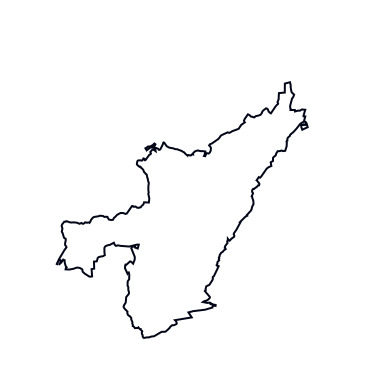 outline of Jibou, Salaj, Romania, rotated 126°
{"feature_id": "2599482B62846653397775", "entity_name": "Jibou", "entity_type": "district", "adm_level": 2, "iso_a3": "ROU", "parent_name": "Romania", "parent_adm1": "Salaj", "projection": "equal_earth", "projection_center": [23.24, 47.26], "detail": "fine", "context": "isolated", "style": "outline", "palette": "ink", "viewbox_px": 384, "rotation_deg": 126, "n_neighbors": 0, "source": "geoboundaries", "source_scale": "gbopen_adm2", "svg_char_len": 6077}
<svg xmlns="http://www.w3.org/2000/svg" viewBox="0 0 384 384"><g transform="rotate(126 192 192)"><path d="M296.0,277.6L297.8,275.3L300.7,274.0L301.2,272.7L304.2,268.7L304.2,266.6L305.4,265.7L308.3,264.4L309.5,263.4L310.0,261.8L310.6,261.0L313.3,261.1L324.5,260.1L329.7,259.1L329.6,258.6L328.4,259.1L324.5,259.5L324.5,257.3L329.2,256.6L327.1,256.8L326.5,256.4L324.9,256.3L322.4,256.5L322.1,254.9L322.6,254.8L324.6,252.7L326.6,250.0L326.6,249.2L327.8,249.3L328.9,248.8L326.8,245.6L323.8,242.8L320.7,240.6L319.4,238.2L319.1,235.6L319.4,234.8L320.2,234.3L320.8,233.4L321.1,230.6L320.8,225.7L320.5,224.7L319.0,223.2L313.4,227.9L311.5,226.1L305.9,230.4L304.1,228.3L300.7,229.5L299.5,229.2L297.4,227.5L296.7,226.5L294.3,225.4L292.6,227.1L288.9,229.9L287.8,230.2L286.6,230.1L284.8,229.0L282.9,227.3L279.0,225.4L280.1,223.5L280.3,221.8L278.7,220.6L277.5,218.0L273.0,210.7L266.7,205.4L265.9,204.1L269.6,202.7L270.4,205.4L269.7,205.9L269.9,206.5L271.5,208.2L273.2,208.0L278.2,200.1L280.4,198.6L284.6,197.5L284.2,199.8L284.5,201.3L290.3,202.5L290.2,203.0L290.9,202.8L293.0,201.5L295.7,196.7L295.2,196.9L294.2,195.9L295.7,194.2L299.6,191.5L302.1,191.5L304.9,189.6L305.8,188.9L306.3,187.7L308.6,186.0L310.2,184.0L311.6,183.2L315.6,183.5L320.5,180.6L323.8,180.4L325.2,179.8L326.0,178.0L326.7,173.9L327.9,173.2L329.0,171.9L329.2,170.3L329.0,169.2L329.4,168.3L329.4,167.4L330.9,166.1L332.3,163.7L333.4,163.1L334.4,161.6L335.3,161.1L335.1,159.9L335.7,158.2L333.9,156.0L333.0,155.8L333.5,154.3L333.5,153.3L333.1,152.9L333.6,152.4L333.9,150.4L334.8,150.2L336.2,149.2L336.8,147.8L337.8,147.1L338.4,145.9L338.3,145.1L336.3,143.2L334.9,141.4L332.6,139.7L331.0,137.9L323.2,134.5L321.9,133.1L321.4,132.2L320.4,131.3L315.4,130.2L314.8,130.4L312.0,130.0L311.4,129.7L311.2,129.2L310.1,128.1L308.0,127.0L307.1,127.2L305.9,129.0L305.7,130.4L293.6,118.5L291.5,124.1L287.7,121.0L279.5,112.2L273.5,107.6L272.0,108.5L270.3,106.0L269.5,106.5L270.7,108.9L270.6,109.5L270.9,110.4L271.8,111.1L271.7,111.6L270.9,111.8L271.0,112.6L272.8,114.5L274.6,118.5L273.6,118.2L271.1,116.3L269.8,115.8L268.1,115.4L266.9,115.5L266.4,115.9L264.6,123.4L263.3,123.1L262.7,123.9L259.9,125.0L256.9,123.4L251.1,123.7L249.9,124.1L249.4,124.7L248.4,125.2L247.3,124.8L236.3,126.8L236.3,127.4L236.9,128.1L236.7,129.1L234.8,129.5L233.8,130.2L231.3,129.9L231.0,130.6L229.7,130.9L229.4,131.7L227.6,131.9L226.9,132.5L224.1,132.7L222.3,132.0L220.5,131.9L218.4,131.2L217.9,131.8L217.9,132.7L216.0,133.4L212.4,133.3L211.3,134.5L209.8,134.8L208.8,135.5L209.5,133.2L209.3,132.9L206.8,132.7L203.5,131.6L202.4,132.1L201.6,133.5L200.7,133.8L196.3,133.9L187.3,135.1L187.5,135.4L180.6,134.3L179.0,133.5L179.0,133.8L178.6,134.1L172.5,133.4L171.1,133.6L168.8,134.6L165.5,135.2L163.1,137.2L161.2,139.9L160.5,140.5L160.5,141.1L157.1,141.9L156.6,143.3L155.6,144.2L154.0,144.5L153.3,144.1L153.2,143.7L149.0,142.4L148.0,142.5L147.2,141.7L146.4,141.9L145.6,142.5L144.6,145.9L144.6,146.6L140.7,146.7L140.5,145.4L139.1,145.1L129.3,145.3L127.1,144.7L124.3,143.1L121.7,145.8L119.3,144.7L116.8,146.5L115.7,146.5L113.3,145.8L111.4,146.5L108.7,146.7L107.2,144.9L105.7,143.8L105.5,142.5L103.9,140.8L99.4,142.3L96.2,144.4L95.6,145.2L95.1,145.3L94.4,145.0L93.5,145.8L91.8,146.4L89.2,145.8L87.7,146.2L84.0,145.2L79.3,144.7L73.3,144.5L68.9,142.8L68.8,140.8L69.9,140.1L69.9,139.7L71.3,139.8L71.5,140.2L71.4,140.6L71.8,140.9L71.7,141.3L72.5,141.5L72.6,141.8L73.9,142.9L75.3,141.6L76.8,139.4L71.6,136.5L69.3,139.4L68.6,140.9L68.7,143.1L64.3,144.8L65.2,146.2L65.1,146.5L58.9,148.7L60.7,151.7L62.8,152.5L63.8,154.0L66.3,156.0L65.2,157.0L67.8,160.5L66.6,161.2L66.4,161.8L65.1,162.9L64.0,163.5L57.6,166.0L55.8,165.9L53.2,166.6L52.8,169.7L52.1,170.9L49.3,173.7L47.2,175.3L45.6,177.3L49.7,180.6L57.0,175.4L60.9,179.8L66.3,176.3L69.0,175.7L69.7,174.4L70.1,174.2L73.1,174.7L82.0,174.4L82.1,175.8L81.8,177.4L80.6,179.1L80.5,180.3L80.7,181.2L83.5,182.1L85.3,182.4L87.4,181.9L89.2,181.9L91.3,183.3L93.0,184.9L95.2,185.6L95.6,187.2L96.3,188.6L96.0,190.8L96.3,192.4L101.9,192.3L103.7,191.9L104.4,191.0L104.6,190.2L108.8,191.6L113.5,191.4L119.2,195.2L121.6,196.2L122.3,196.7L122.8,198.2L128.1,201.2L129.6,201.8L132.6,201.7L134.1,202.0L141.0,204.4L143.0,205.6L144.3,205.5L144.4,204.2L145.2,202.6L147.7,201.1L149.8,200.8L151.1,201.1L152.0,203.1L155.3,202.4L155.8,203.5L154.5,203.7L151.4,205.0L152.8,207.7L153.6,208.5L155.1,211.9L157.6,213.6L160.1,213.9L160.7,213.4L160.7,213.7L161.9,214.0L162.0,214.3L162.7,214.2L163.7,215.2L164.1,216.5L164.9,217.5L165.2,217.3L165.0,219.8L164.5,221.5L164.8,222.7L164.8,224.2L166.2,229.3L167.1,230.6L167.7,232.8L169.5,236.5L169.8,239.5L168.4,243.5L168.5,244.0L168.9,244.2L171.1,243.5L176.0,242.7L176.9,243.0L177.3,243.4L177.0,245.2L178.1,249.0L177.3,249.7L176.0,249.4L174.9,249.6L174.9,251.0L176.5,251.2L178.7,252.0L179.5,252.5L181.3,254.5L182.1,254.5L184.0,255.4L184.4,254.6L184.1,254.2L184.9,253.2L180.1,251.7L179.5,250.5L178.5,249.9L178.9,247.0L180.3,245.5L180.3,247.7L181.0,249.0L184.2,249.2L184.8,248.4L184.9,247.9L185.2,247.8L186.0,247.8L187.2,248.4L193.4,248.4L194.0,248.7L194.0,249.1L193.1,250.1L193.4,251.0L195.7,250.8L196.2,251.2L196.8,252.5L198.1,254.1L198.8,254.3L199.8,254.1L202.1,252.8L202.5,250.3L202.4,249.2L202.1,249.2L201.8,248.5L202.4,247.3L202.3,246.5L202.7,244.6L204.1,242.3L204.2,241.0L204.6,239.9L204.5,239.0L205.0,238.4L206.7,236.5L207.3,235.5L208.7,234.2L210.0,232.3L213.6,230.3L216.4,228.2L217.9,226.7L219.0,226.4L222.4,222.7L225.9,220.7L228.5,224.7L230.8,224.0L232.6,224.5L234.6,224.5L235.2,225.3L236.0,225.6L236.9,227.0L237.0,229.2L238.2,230.4L238.4,231.2L238.1,231.7L238.7,232.3L247.5,232.1L248.7,232.7L249.6,235.6L251.0,237.5L254.6,239.2L256.7,239.4L258.8,239.9L261.0,239.6L262.2,241.0L263.1,242.9L262.3,245.3L261.9,245.6L262.0,246.3L263.7,248.3L263.7,249.8L265.3,252.6L266.3,253.1L269.8,256.6L271.1,257.1L274.0,257.3L275.8,256.8L277.1,256.8L277.0,257.3L278.6,258.9L279.3,260.6L280.4,260.7L281.5,261.2L282.0,261.9L282.0,263.2L283.9,264.4L284.4,266.9L286.2,270.0L287.8,271.9L288.6,273.7L289.2,276.1L290.0,276.5L290.0,276.8L290.6,277.1L291.1,277.9L294.6,278.0L296.0,277.6Z" fill="none" stroke="#020617" stroke-width="2"/></g></svg>